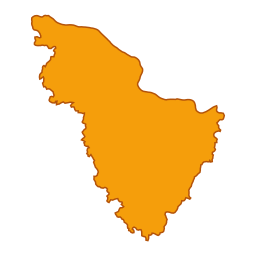 Passos, Minas Gerais, Brazil
{"feature_id": "56859067B86797639547756", "entity_name": "Passos", "entity_type": "district", "adm_level": 2, "iso_a3": "BRA", "parent_name": "Brazil", "parent_adm1": "Minas Gerais", "projection": "albers", "projection_center": [-46.64, -20.726], "detail": "fine", "context": "isolated", "style": "filled", "palette": "amber", "viewbox_px": 256, "rotation_deg": 0, "n_neighbors": 0, "source": "geoboundaries", "source_scale": "gbopen_adm2", "svg_char_len": 5714}
<svg xmlns="http://www.w3.org/2000/svg" viewBox="0 0 256 256"><path d="M216.6,105.8L214.9,106.4L213.3,107.1L208.6,110.2L206.0,111.7L202.6,113.0L200.3,113.0L198.7,112.4L197.3,111.4L196.3,110.5L195.9,109.2L195.5,107.7L195.4,105.8L195.1,104.5L194.6,102.9L193.7,101.4L192.4,100.5L190.9,99.9L189.2,99.6L187.4,99.6L184.8,100.0L183.4,100.0L182.2,99.9L180.7,99.6L178.2,99.1L177.0,98.9L175.7,99.4L173.4,99.3L170.2,99.3L167.5,99.5L166.4,99.8L164.8,99.6L161.9,98.6L160.2,97.9L158.5,96.8L157.2,95.7L156.1,94.8L155.1,94.1L152.6,93.1L151.3,92.6L149.8,92.3L148.4,92.2L145.1,91.6L143.3,91.3L141.5,90.4L140.0,89.0L139.0,87.8L138.3,86.5L137.6,85.0L137.7,83.0L139.1,80.4L139.8,78.7L140.2,76.9L140.7,75.5L142.0,72.9L142.6,71.0L142.6,69.0L141.8,67.6L140.9,66.4L140.2,64.9L139.6,61.8L138.5,59.9L137.1,58.6L135.6,57.6L134.3,57.1L131.4,56.9L126.9,54.3L125.4,53.2L123.9,52.4L122.5,52.0L118.9,49.6L117.8,48.6L116.6,47.6L115.1,46.8L114.0,46.0L112.9,45.2L111.8,44.1L110.8,43.1L109.8,41.7L107.9,39.9L107.1,39.0L102.0,34.2L100.8,33.0L98.7,30.7L97.5,29.8L96.2,29.2L94.3,28.6L92.8,28.2L91.1,28.0L89.4,27.6L85.4,27.1L83.5,27.0L81.2,26.8L80.0,26.9L78.3,26.8L76.6,26.2L75.1,25.6L73.5,25.1L71.7,24.9L69.8,24.8L66.6,25.0L65.4,25.0L62.3,24.5L60.7,24.0L59.1,23.4L57.7,22.8L56.6,22.2L55.3,21.1L53.2,18.9L51.3,17.6L50.0,16.8L48.6,15.6L46.6,15.7L45.1,15.4L43.8,15.9L42.7,16.8L41.4,17.0L39.9,16.6L38.2,15.9L37.0,15.6L34.9,15.8L33.1,16.7L31.8,17.9L31.7,19.8L32.0,21.6L31.7,23.2L31.9,24.9L32.6,26.6L33.0,28.6L34.2,29.9L35.6,30.1L37.6,30.7L39.1,32.3L39.9,33.6L40.8,36.0L40.7,37.4L39.6,37.8L38.3,37.3L37.1,36.7L34.9,37.1L35.0,38.8L35.7,40.2L35.2,41.7L34.4,42.9L34.5,44.5L35.7,45.3L37.5,45.6L40.8,45.5L42.1,45.1L43.5,45.3L44.5,45.6L45.7,45.3L47.0,45.5L47.9,46.8L48.9,48.4L51.0,48.5L52.7,47.2L54.0,46.5L55.4,46.7L55.8,48.1L54.3,49.3L53.6,50.8L54.9,51.9L55.0,53.3L54.3,54.8L53.9,56.7L52.4,56.6L51.0,56.7L50.7,57.9L50.6,59.6L49.4,61.0L47.6,62.5L46.6,63.4L46.2,64.9L45.2,66.7L44.0,65.5L42.9,66.3L42.5,67.5L42.6,68.8L42.1,70.4L41.9,72.4L41.0,73.1L39.9,74.4L39.5,76.2L39.5,77.7L39.8,79.1L41.0,78.6L42.1,77.7L43.3,76.9L43.9,78.4L43.6,82.0L42.6,83.1L43.3,85.6L43.8,86.9L45.0,86.5L46.0,87.5L46.7,89.2L48.0,88.8L49.7,89.0L53.1,91.8L53.5,93.6L54.1,95.2L53.4,96.8L51.6,96.4L50.3,96.8L49.7,98.4L49.1,100.1L49.7,101.4L50.9,102.1L52.2,102.8L53.8,102.9L54.9,102.9L55.6,101.4L57.0,101.2L56.5,103.1L56.5,104.7L57.9,104.2L59.3,104.0L60.3,103.3L61.6,102.6L63.3,101.9L65.0,103.2L68.5,102.6L70.0,102.2L71.5,102.3L73.3,102.6L71.8,103.9L70.6,105.6L71.4,107.1L73.0,106.8L74.2,107.2L74.7,109.2L75.6,110.8L77.0,110.9L78.2,110.9L78.2,112.6L79.7,112.7L81.5,112.9L83.0,113.5L84.4,113.1L84.3,114.7L83.8,116.5L83.4,117.7L83.5,119.0L83.0,120.4L82.2,122.0L83.1,123.1L84.4,123.5L85.7,124.2L85.4,125.9L86.0,127.1L85.7,128.7L84.3,129.5L83.2,131.0L82.2,132.1L82.8,133.5L83.7,134.7L84.3,135.6L84.8,136.7L84.0,137.7L82.6,138.6L81.5,139.9L83.7,140.8L85.0,141.8L83.9,142.8L84.5,144.0L84.6,145.3L86.3,146.3L88.1,146.3L89.1,147.7L87.7,148.2L87.3,149.4L87.1,150.6L87.6,152.1L86.8,153.7L88.0,154.5L88.0,156.0L89.2,156.6L90.9,154.6L91.9,156.3L92.9,157.9L93.6,159.3L94.5,160.4L93.6,162.2L94.9,165.6L95.4,167.2L96.6,168.5L97.8,170.3L98.3,172.1L97.6,173.7L97.2,175.3L95.6,176.4L94.0,176.3L94.1,177.7L93.9,179.2L94.6,180.6L95.4,181.6L95.6,182.8L95.8,184.2L96.9,185.6L98.2,186.7L99.6,186.6L100.6,187.6L102.0,188.0L103.3,188.1L104.9,187.4L106.3,187.9L107.4,189.0L106.9,190.7L107.5,191.9L108.8,192.6L109.0,194.1L108.0,195.1L106.9,196.1L107.8,197.5L107.6,199.5L106.9,200.9L107.6,201.8L109.0,202.5L110.7,199.8L112.7,200.1L114.5,199.3L116.2,198.8L117.8,198.6L118.5,200.4L119.5,201.6L122.0,202.1L122.3,203.2L121.3,204.4L122.5,205.5L123.7,206.7L122.5,207.6L121.4,207.8L120.2,207.8L119.4,209.0L118.4,211.5L115.2,213.0L115.6,214.3L116.4,215.3L117.3,216.8L118.8,217.2L120.1,216.9L121.4,218.1L122.0,219.2L123.3,219.5L124.0,220.8L124.3,222.3L125.4,222.8L126.4,223.6L127.5,224.8L127.5,226.4L127.7,228.1L128.8,228.5L128.7,230.5L130.2,231.0L131.0,232.3L132.5,232.9L133.9,232.6L134.0,231.1L133.5,230.0L132.3,229.2L132.7,228.0L134.0,227.1L135.8,228.0L136.9,229.7L138.5,230.1L139.6,229.7L141.0,229.7L141.7,231.7L141.8,235.7L143.6,236.5L145.1,236.7L146.0,238.2L146.0,240.2L147.9,240.6L148.6,238.7L148.8,235.1L150.4,235.1L151.7,234.5L152.0,233.2L153.5,233.3L155.1,233.9L156.4,234.7L158.1,235.4L159.6,234.5L160.1,232.9L162.7,232.2L163.7,231.2L164.3,228.3L164.0,226.8L164.9,225.5L165.8,224.5L166.5,222.7L166.6,220.8L167.1,219.5L166.2,217.6L165.7,215.9L165.0,214.6L165.5,212.5L166.9,211.9L168.3,212.0L169.8,212.3L171.3,212.9L173.4,213.1L174.9,212.5L176.8,210.1L177.6,208.4L178.0,206.6L179.4,205.3L180.9,203.9L181.5,202.3L181.8,200.7L183.0,200.9L184.3,200.5L185.2,199.3L185.9,197.7L187.8,198.2L189.8,199.1L190.7,198.0L189.5,197.0L188.8,195.2L189.0,193.6L189.0,192.0L188.8,190.2L189.5,188.7L190.3,187.5L191.2,186.4L191.5,185.3L191.8,183.9L192.4,182.7L193.0,181.5L193.5,179.9L194.3,178.2L194.5,176.8L195.9,176.1L196.9,175.2L197.7,174.2L198.7,173.3L199.9,172.4L200.3,170.3L200.3,168.7L200.7,166.8L200.8,164.9L201.9,164.6L202.6,163.1L203.9,161.9L205.0,161.8L206.3,161.5L207.8,161.8L209.3,161.8L209.8,160.6L210.7,162.0L212.3,161.6L212.1,159.7L212.8,158.2L212.9,156.5L213.3,155.0L212.3,154.3L212.4,152.4L213.7,151.6L214.7,150.8L215.4,149.4L214.4,147.6L214.8,146.0L215.0,144.5L215.0,142.7L216.8,142.5L216.6,140.8L217.2,139.2L216.0,138.0L214.2,136.7L213.7,135.0L214.1,133.3L215.3,132.3L216.3,131.6L218.9,130.9L220.1,131.4L220.6,130.1L219.4,129.0L218.6,127.5L218.7,125.6L217.5,124.3L216.9,122.8L218.0,121.8L218.8,120.7L220.1,119.6L222.0,119.8L223.3,119.0L223.9,117.2L224.3,115.5L223.3,113.3L221.1,112.9L219.4,112.9L217.9,112.3L216.8,111.3L216.5,109.9L216.8,108.6L217.0,107.3L216.6,105.8Z" fill="#f59e0b" stroke="#b45309" stroke-width="1.5"/></svg>